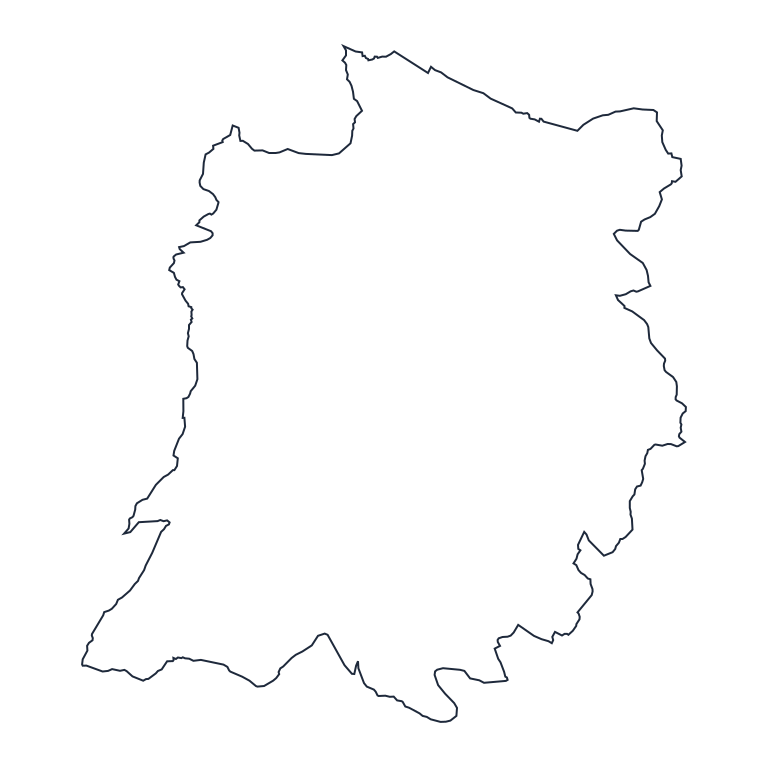 Vladesti, Vâlcea, Romania (Equal Earth projection)
{"feature_id": "2599482B87401907029255", "entity_name": "Vladesti", "entity_type": "district", "adm_level": 2, "iso_a3": "ROU", "parent_name": "Romania", "parent_adm1": "Vâlcea", "projection": "equal_earth", "projection_center": [24.298, 45.132], "detail": "fine", "context": "isolated", "style": "outline", "palette": "slate", "viewbox_px": 768, "rotation_deg": 0, "n_neighbors": 0, "source": "geoboundaries", "source_scale": "gbopen_adm2", "svg_char_len": 6079}
<svg xmlns="http://www.w3.org/2000/svg" viewBox="0 0 768 768"><path d="M124.1,533.6L130.3,532.1L138.8,522.2L157.6,521.1L160.3,520.0L163.6,521.2L167.1,520.4L169.6,522.4L168.9,524.4L166.0,525.9L164.0,529.2L161.1,531.9L152.2,552.9L145.7,565.5L144.1,570.1L139.0,578.1L138.0,580.9L134.8,584.0L130.0,590.5L122.0,597.5L117.9,599.8L116.2,604.0L111.8,608.8L108.8,610.6L104.2,612.1L103.2,615.3L92.0,634.0L91.8,635.5L92.8,638.1L92.5,640.3L89.0,642.8L87.1,645.8L87.4,650.6L82.7,659.3L82.1,664.4L82.7,665.7L86.4,665.6L102.6,671.5L108.1,670.9L112.1,669.1L120.0,670.8L124.4,669.9L126.6,671.1L132.5,676.4L143.2,680.7L146.0,679.1L148.4,678.9L155.8,673.4L157.9,671.0L161.7,669.4L167.1,661.3L172.8,661.1L173.6,660.0L173.4,657.9L175.9,659.0L177.9,657.5L181.4,658.1L182.8,657.3L185.0,658.3L189.2,658.7L193.4,660.8L200.9,659.9L223.5,664.6L227.4,666.9L229.1,670.4L230.3,671.6L242.2,676.7L249.5,680.7L256.0,686.1L257.5,686.6L264.1,686.0L273.1,680.7L276.2,678.1L279.2,674.1L278.6,672.1L280.3,668.4L283.2,666.5L291.6,658.0L295.8,654.8L302.4,651.5L311.8,645.4L318.0,635.8L324.7,633.6L327.6,634.8L344.5,665.2L351.9,673.8L354.3,674.0L356.1,665.7L358.0,661.2L358.4,668.3L364.0,683.1L366.8,686.6L373.9,689.6L375.7,691.7L377.5,695.4L378.6,696.0L385.3,695.7L389.8,696.8L393.7,696.6L397.1,700.4L401.7,701.2L402.7,701.9L405.3,706.5L409.0,707.7L419.6,713.4L422.6,715.9L426.8,716.9L430.7,719.3L440.5,721.9L445.9,721.7L450.4,720.6L456.4,715.9L457.0,707.9L454.2,703.1L445.1,693.7L438.1,685.1L434.6,674.9L435.1,671.4L437.2,669.7L443.0,668.2L460.0,669.8L464.4,670.9L470.1,678.4L479.3,680.3L484.0,682.8L505.9,680.9L507.6,679.9L506.9,677.5L505.3,676.6L504.1,671.8L500.5,662.3L498.2,658.8L494.7,648.6L500.0,645.9L497.8,642.0L497.6,640.0L498.7,638.3L502.5,637.0L507.6,636.7L510.7,635.6L513.7,632.5L518.2,624.9L534.0,635.9L541.6,639.2L548.5,641.2L551.8,643.2L553.2,640.1L552.3,636.9L555.0,631.9L562.0,635.5L564.5,633.9L567.1,633.9L568.4,634.8L572.8,630.8L576.2,625.9L576.4,624.1L579.5,619.3L579.7,616.8L578.6,613.5L577.5,612.4L591.7,595.1L592.6,591.5L592.5,589.1L590.6,584.0L590.4,579.3L587.8,578.5L584.6,575.0L581.0,572.9L578.5,570.1L576.3,565.1L573.5,563.4L576.5,558.7L577.6,554.3L580.4,550.3L578.3,548.9L578.0,544.9L584.2,531.9L586.5,534.5L588.8,540.4L603.9,555.7L612.6,552.2L615.2,549.0L616.0,546.1L618.9,542.7L620.3,539.0L622.5,539.0L625.6,537.0L632.5,529.6L631.9,518.6L630.5,514.6L630.7,511.8L629.8,508.0L629.8,501.1L632.7,496.3L634.4,494.5L635.2,489.3L637.0,486.5L640.6,485.6L642.2,482.2L643.2,478.9L641.7,470.2L642.9,468.8L644.9,463.8L644.6,460.6L645.5,456.2L647.3,453.1L647.9,449.9L650.5,448.9L654.4,444.8L655.6,444.5L662.3,445.7L667.6,444.0L671.0,444.1L676.7,446.3L678.3,446.1L685.0,442.0L679.5,437.6L678.9,436.2L679.3,434.1L681.4,431.7L680.7,427.7L681.4,424.5L680.4,422.7L680.6,417.7L682.7,413.5L685.7,411.1L685.9,407.0L682.0,403.3L676.6,400.5L675.6,399.3L675.7,397.0L676.7,394.7L676.9,386.3L676.3,382.0L673.1,377.1L666.1,372.0L664.6,370.2L663.8,366.0L664.0,363.6L665.2,360.7L665.0,358.6L657.1,350.4L651.0,343.0L649.3,338.4L648.3,327.1L647.1,324.1L644.1,320.1L632.2,311.4L624.4,307.9L624.5,306.0L618.0,300.0L615.9,295.3L619.9,295.8L625.8,294.2L630.7,291.3L633.5,290.5L636.3,291.7L637.9,291.4L650.4,285.9L648.6,282.3L648.0,275.9L646.6,270.0L642.8,263.0L630.1,254.0L617.1,240.4L613.8,233.9L617.0,230.7L619.8,229.8L625.7,230.6L637.7,230.9L638.8,229.8L641.1,221.7L644.5,219.5L650.3,217.1L654.9,213.8L659.2,206.2L661.9,199.4L659.7,192.1L664.0,188.5L670.8,184.4L671.7,183.4L672.0,181.2L675.5,181.8L681.7,176.4L680.7,170.1L681.6,165.7L680.7,158.9L672.3,157.1L671.4,153.4L668.2,153.6L665.7,149.8L662.3,142.1L661.8,135.5L662.8,130.3L656.7,121.1L657.0,112.4L653.4,110.0L642.6,109.5L633.7,108.3L620.0,111.4L615.5,111.6L608.3,114.8L602.8,115.3L593.1,118.6L583.4,124.8L577.4,130.8L543.6,121.6L541.4,118.8L539.9,118.7L539.0,121.7L534.7,119.4L530.4,118.7L529.4,117.8L529.1,114.8L527.2,113.1L523.3,113.7L521.4,112.7L515.8,112.5L512.2,108.4L490.6,98.6L483.4,93.2L473.3,90.0L447.5,77.3L441.1,72.4L435.0,70.1L431.0,66.8L428.0,73.0L394.2,51.4L390.8,54.1L386.0,56.7L382.2,56.6L377.8,57.9L377.0,56.7L374.7,56.6L374.0,58.5L372.3,59.5L368.4,60.3L368.1,59.0L365.9,58.0L364.8,55.8L362.6,56.1L362.1,52.4L355.6,51.5L343.5,46.1L346.0,50.4L346.0,55.4L342.4,60.4L345.0,62.7L346.3,65.0L346.0,70.1L347.8,74.5L347.0,79.3L349.6,81.8L351.5,85.8L353.0,91.7L353.9,98.8L357.1,101.1L362.0,110.8L356.3,116.1L354.6,119.0L355.0,122.3L353.1,124.1L353.5,128.5L352.3,130.8L352.1,135.7L350.5,143.3L339.0,153.4L331.9,155.1L305.8,153.9L298.7,153.1L287.7,149.0L279.5,152.4L275.7,153.0L269.1,153.0L262.6,150.4L254.4,150.6L252.0,148.8L248.0,144.0L242.8,140.8L240.4,140.9L239.2,135.4L239.5,132.8L238.6,127.8L232.7,125.5L230.2,135.0L223.2,139.0L222.3,140.5L222.7,142.1L213.1,145.7L213.4,148.9L209.0,152.6L205.6,154.4L203.8,162.5L203.0,173.9L199.7,180.3L199.6,182.5L200.3,185.9L203.4,189.1L208.9,191.0L213.0,194.1L215.3,197.2L216.4,199.9L218.5,202.1L218.4,202.9L216.4,209.7L213.2,213.5L211.4,214.6L209.9,213.6L208.4,214.0L203.7,216.6L199.4,220.4L199.4,222.2L196.2,225.3L211.0,231.2L212.6,233.2L212.6,235.3L210.3,238.0L207.1,239.8L200.5,241.8L190.3,242.4L183.9,246.1L179.1,247.1L179.7,249.1L183.6,252.7L176.1,254.5L173.8,256.4L173.4,257.1L173.6,258.7L174.5,260.5L173.9,263.1L169.8,267.6L169.2,270.1L173.9,272.9L175.0,276.9L176.5,279.7L179.4,281.2L178.2,284.5L178.9,285.7L180.6,287.4L182.9,287.1L184.6,289.3L182.1,293.1L182.0,294.2L185.5,300.6L188.1,303.8L188.6,306.3L191.3,307.1L191.4,308.4L192.6,309.7L191.4,311.5L191.6,315.1L191.2,316.3L192.3,318.5L190.9,319.6L191.6,322.0L189.0,325.0L189.0,328.9L187.9,333.2L188.7,336.3L187.5,340.6L187.2,346.1L187.8,347.8L192.2,351.0L193.5,354.1L194.4,359.0L196.9,362.8L197.4,379.2L195.2,385.7L190.7,391.2L190.1,393.6L188.4,397.0L186.5,398.2L183.3,398.8L183.4,411.2L182.7,417.9L184.4,417.8L185.1,426.7L182.6,434.1L179.0,438.7L174.2,450.9L173.5,455.5L177.8,458.3L177.0,466.0L174.4,470.1L172.9,470.1L168.1,474.6L163.7,477.0L155.9,484.8L147.2,498.6L142.5,499.8L136.9,503.3L135.4,506.1L135.2,509.6L133.5,515.9L132.4,517.2L129.8,518.5L129.1,519.7L129.4,523.8L128.6,528.5L124.1,533.6Z" fill="none" stroke="#1e293b" stroke-width="2"/></svg>